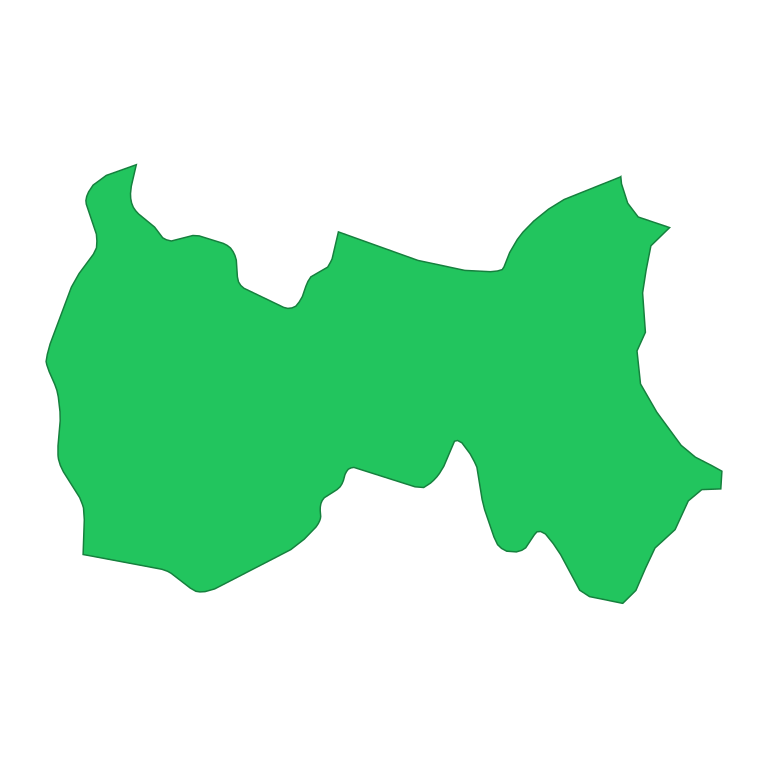 SVG path tracing the border of Mahdia
{"feature_id": "TUN-116", "entity_name": "Mahdia", "entity_type": "Governorate", "adm_level": 1, "iso_a3": "TUN", "parent_name": "Tunisia", "parent_adm1": "", "projection": "equal_earth", "projection_center": [10.61, 35.335], "detail": "fine", "context": "isolated", "style": "filled", "palette": "green", "viewbox_px": 768, "rotation_deg": 0, "n_neighbors": 0, "source": "natural_earth", "source_scale": "10m", "svg_char_len": 2116}
<svg xmlns="http://www.w3.org/2000/svg" viewBox="0 0 768 768"><path d="M620.8,176.7L621.5,183.8L627.7,203.2L638.2,217.0L669.6,227.6L650.9,245.8L646.1,270.2L642.6,292.9L645.4,332.3L637.0,350.9L640.5,383.9L656.8,412.2L681.1,445.3L695.4,457.2L712.5,466.0L721.9,471.2L720.8,488.9L701.8,489.6L688.3,500.9L675.1,529.6L655.0,548.0L645.4,568.4L635.9,590.4L622.8,603.3L621.9,603.2L589.5,596.6L579.7,590.2L560.6,554.6L553.3,543.7L545.5,534.0L540.7,531.5L537.0,531.8L534.4,534.7L525.7,547.8L521.8,550.3L516.4,551.9L506.7,551.2L501.5,548.4L497.6,544.7L494.0,537.1L484.6,509.6L482.1,499.4L476.9,467.2L474.4,461.7L470.1,453.8L461.9,442.8L457.6,440.5L454.5,441.2L443.8,466.3L439.4,473.5L436.8,476.9L433.7,480.2L430.5,483.1L423.7,487.5L415.0,486.8L353.9,467.4L351.0,467.9L348.3,469.2L346.5,471.6L345.0,474.5L343.4,480.5L342.0,483.8L340.1,486.8L337.0,489.6L324.3,497.7L322.2,500.5L320.9,503.6L320.3,507.0L320.2,510.4L320.7,516.5L320.4,518.5L319.7,520.7L318.3,523.6L316.0,527.0L304.3,539.1L290.8,549.6L214.7,588.9L205.2,591.6L199.9,591.9L195.9,591.3L190.3,588.1L171.0,573.2L167.6,571.3L162.0,569.3L83.1,554.5L84.3,519.7L83.5,507.9L82.4,504.4L79.7,497.6L63.4,471.8L60.3,465.3L58.5,459.2L58.1,456.3L58.0,454.5L58.0,445.9L60.2,420.8L60.0,411.7L58.3,396.9L56.9,390.3L54.7,384.2L49.2,371.7L46.8,364.8L46.1,361.5L47.3,354.4L50.1,344.0L71.4,287.1L79.1,273.5L93.4,254.2L96.5,247.8L96.9,241.1L96.4,234.2L86.3,204.2L85.9,200.6L86.7,196.4L88.6,191.9L93.1,185.1L106.3,175.4L136.3,164.7L131.3,186.2L130.5,193.6L130.7,198.4L131.6,203.0L133.3,207.3L135.7,210.8L138.5,213.9L154.6,227.1L162.7,237.8L166.4,239.8L171.3,241.0L192.9,235.5L199.2,235.9L223.3,243.4L227.2,245.4L230.5,248.0L233.0,251.5L234.9,255.4L236.3,260.1L237.4,276.9L238.5,281.9L240.8,285.5L244.0,288.3L283.7,307.4L287.8,308.4L292.0,307.9L295.8,306.2L299.2,302.0L302.4,296.5L305.9,286.2L308.0,281.3L310.9,276.8L327.7,267.1L330.6,262.0L332.1,258.9L338.4,231.9L417.9,260.4L464.8,270.4L490.5,271.7L497.4,271.0L502.2,269.6L504.0,266.9L509.7,252.5L517.3,239.5L522.9,232.2L533.8,221.0L548.6,209.1L564.1,199.5L620.7,176.8L620.8,176.7Z" fill="#22c55e" stroke="#15803d" stroke-width="1.5"/></svg>